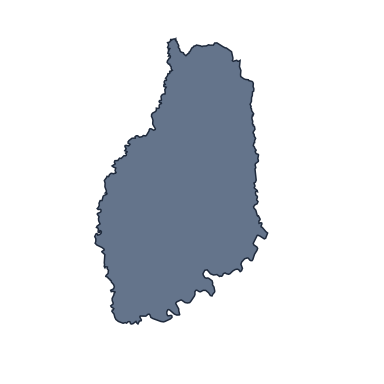 Makoabating, Mafeteng, Lesotho (orthographic projection), rotated 22°
{"feature_id": "5366337B10709831324049", "entity_name": "Makoabating", "entity_type": "district", "adm_level": 2, "iso_a3": "LSO", "parent_name": "Lesotho", "parent_adm1": "Mafeteng", "projection": "orthographic", "projection_center": [27.416, -29.927], "detail": "fine", "context": "isolated", "style": "filled", "palette": "slate", "viewbox_px": 384, "rotation_deg": 22, "n_neighbors": 0, "source": "geoboundaries", "source_scale": "gbopen_adm2", "svg_char_len": 6050}
<svg xmlns="http://www.w3.org/2000/svg" viewBox="0 0 384 384"><g transform="rotate(22 192 192)"><path d="M191.3,334.6L191.6,331.4L193.1,330.4L193.0,329.6L190.4,327.4L190.5,326.4L195.7,324.4L197.0,321.9L198.0,321.3L199.2,321.8L200.8,323.7L203.1,324.0L211.7,323.7L214.2,323.1L215.3,322.3L219.5,317.8L220.4,315.7L219.8,314.4L218.8,314.2L216.2,315.8L215.4,315.5L214.3,314.4L213.5,312.5L213.7,310.3L214.3,309.8L215.4,309.7L221.3,311.8L224.0,311.8L226.3,310.7L226.5,310.3L224.1,306.9L223.5,305.4L218.7,301.5L218.7,300.4L219.2,299.4L221.9,296.5L222.7,296.1L227.0,297.1L229.4,296.6L231.3,295.4L231.9,293.7L233.2,287.6L233.1,285.8L232.0,283.3L232.5,281.6L233.2,281.2L236.2,281.7L237.3,281.3L239.2,279.0L241.6,278.1L245.1,279.2L247.8,281.1L249.5,280.9L249.6,278.9L250.4,276.5L250.3,275.5L248.0,271.9L245.8,270.4L245.2,268.5L243.9,266.8L239.7,265.7L238.3,266.0L237.9,266.5L236.0,266.6L233.7,264.9L232.8,263.7L233.2,259.8L235.2,258.5L239.7,260.9L243.0,260.9L246.1,259.2L249.2,260.0L249.7,259.4L251.1,259.0L251.6,257.9L251.6,256.2L252.4,255.1L253.4,254.6L254.4,254.9L256.7,254.6L257.8,253.6L259.4,250.0L261.1,247.7L262.8,246.6L264.3,246.5L266.5,247.8L267.4,246.5L267.4,243.9L264.4,240.6L264.3,238.3L265.8,234.2L268.0,232.4L269.1,232.3L271.1,233.5L272.4,233.6L273.4,233.1L273.7,231.7L273.3,226.3L274.1,221.8L274.0,219.7L272.8,218.7L269.2,217.9L268.0,216.7L268.7,207.9L269.3,207.4L271.4,207.4L276.6,208.4L277.6,207.3L277.5,201.7L275.4,201.1L270.4,198.5L269.2,198.4L268.8,197.7L268.8,195.5L268.4,194.7L267.5,194.6L265.9,195.9L264.9,193.9L265.5,192.3L265.3,191.6L262.5,189.2L262.0,189.7L261.2,189.2L258.0,185.0L255.2,183.5L254.6,182.6L255.2,180.3L256.8,178.5L256.8,176.1L255.0,175.2L254.6,174.4L254.7,172.8L254.2,171.5L252.4,170.9L251.2,169.2L250.9,168.0L251.3,167.2L252.6,167.2L251.9,166.2L248.4,165.0L248.0,164.5L248.2,162.8L246.1,160.5L247.1,159.1L247.1,157.0L241.8,147.1L242.1,145.6L240.4,143.3L240.2,142.2L240.6,141.3L242.0,138.8L241.7,137.8L240.5,136.4L239.8,132.7L239.2,132.3L237.1,132.4L236.0,131.5L235.3,130.5L235.9,129.7L235.7,129.1L233.8,128.0L233.0,126.9L231.5,126.2L231.0,123.4L231.6,122.8L230.8,121.1L230.9,118.4L228.9,117.0L228.1,115.4L226.5,114.3L226.3,113.2L226.9,110.3L225.3,107.8L223.9,107.6L223.8,106.7L222.5,106.2L221.8,103.5L221.1,103.0L219.8,101.0L219.3,98.2L219.9,98.4L219.9,96.4L216.9,94.3L215.7,92.2L215.0,92.0L214.6,91.3L214.7,90.4L213.0,89.0L213.2,85.8L211.9,82.4L211.7,81.1L211.9,80.3L210.6,76.5L211.4,75.4L210.7,73.1L209.1,71.3L208.3,68.6L207.4,67.5L206.2,67.0L202.9,67.4L202.3,66.8L199.4,67.6L197.6,67.6L193.9,66.7L193.0,64.9L191.8,61.0L189.1,58.1L187.3,52.0L186.1,53.4L185.3,53.6L184.1,53.1L181.3,55.4L180.2,55.1L180.1,53.4L179.6,52.2L176.1,47.1L169.9,45.6L168.8,45.9L166.4,45.7L159.3,44.4L157.2,45.4L156.8,47.8L153.8,49.1L152.2,49.3L150.6,51.2L147.5,52.6L146.9,53.4L145.0,53.3L141.0,54.1L140.7,54.9L139.0,56.2L138.8,57.4L137.9,58.5L137.5,62.5L136.9,63.4L137.1,64.6L136.4,65.3L135.3,67.9L133.0,67.2L131.8,66.1L129.6,66.4L127.9,65.5L127.0,64.1L125.3,63.1L124.9,62.5L125.1,61.8L124.6,61.0L122.1,59.0L121.7,58.1L120.8,58.1L119.6,56.1L119.4,57.0L118.9,56.5L118.2,56.7L116.6,57.9L116.3,58.7L115.8,58.3L115.1,58.6L115.4,60.0L115.0,61.5L113.4,62.6L114.7,63.6L115.3,64.9L115.2,67.2L116.3,67.7L117.7,67.3L117.6,68.6L116.7,68.5L117.6,70.4L117.4,71.0L117.7,72.5L119.4,72.6L119.3,74.8L120.6,73.9L121.1,74.2L121.5,75.7L120.7,76.3L120.6,78.0L120.1,79.1L120.3,81.0L122.3,82.2L123.5,81.9L124.0,82.7L125.8,83.8L126.6,85.6L128.2,86.6L127.4,87.3L127.3,88.1L126.3,88.2L126.2,88.8L126.9,89.8L126.4,90.9L125.4,91.3L125.7,93.6L124.9,96.4L125.6,96.5L126.4,97.6L126.4,98.1L125.2,98.6L124.9,100.2L125.5,101.4L126.8,102.3L125.8,103.0L126.2,104.5L126.7,104.8L128.8,104.5L128.4,107.2L129.9,109.9L130.2,111.2L128.9,111.8L128.0,112.8L127.6,114.0L127.5,115.1L129.2,118.1L129.1,118.6L127.7,119.4L127.5,120.2L128.2,121.0L130.1,120.8L130.5,121.4L129.1,123.0L129.2,124.4L130.1,125.9L129.9,126.5L129.2,127.3L127.5,127.6L128.4,129.9L127.7,131.5L125.9,133.6L125.5,135.2L126.1,137.1L127.4,138.2L129.0,140.3L129.8,143.0L130.4,144.0L134.4,147.1L134.5,147.8L133.3,149.1L130.8,148.7L129.3,149.1L129.0,150.2L129.3,151.4L128.6,156.2L128.1,157.3L125.7,157.9L125.0,159.4L122.8,160.9L120.5,160.2L119.3,160.7L118.5,162.0L119.2,163.3L116.2,164.6L114.3,167.9L113.9,169.5L114.6,170.8L116.2,170.7L116.7,171.1L116.0,173.0L113.4,173.4L112.6,174.0L112.6,174.4L112.9,175.2L113.7,175.4L113.9,176.0L114.8,176.6L114.2,178.9L116.7,178.9L116.8,179.4L115.8,180.8L117.0,181.5L117.3,182.7L116.7,183.4L115.3,183.8L113.8,187.4L112.1,187.8L111.4,190.6L108.8,191.8L108.8,193.4L110.3,194.7L108.1,197.8L109.7,198.3L112.3,198.3L112.6,200.9L114.3,202.5L114.0,203.3L113.3,203.5L112.6,204.4L110.0,204.9L109.0,206.8L108.9,209.0L107.3,209.3L107.3,210.9L106.4,214.2L108.1,216.3L109.3,219.8L112.2,223.0L112.4,224.0L111.9,225.4L113.5,225.0L113.8,225.4L113.8,226.0L111.8,228.1L111.2,229.2L111.8,233.6L110.0,234.4L110.0,237.3L111.0,239.0L110.9,241.4L110.3,242.9L111.5,243.4L113.8,242.4L114.4,242.8L114.9,244.3L114.6,245.1L112.5,247.2L112.4,248.0L115.1,249.8L115.2,251.6L116.2,253.6L118.7,256.0L116.8,259.2L116.7,260.7L118.0,260.6L119.0,261.4L119.9,264.2L120.4,264.7L121.5,264.0L121.0,262.3L121.8,262.1L122.9,262.8L123.2,264.2L122.4,266.0L120.8,267.3L119.7,266.3L118.9,266.4L118.7,266.8L118.5,269.8L120.3,271.3L121.3,273.8L121.4,275.8L123.6,276.8L129.5,277.2L132.0,278.0L132.2,278.9L130.7,280.9L130.9,281.3L134.6,282.7L137.2,290.6L138.1,292.0L138.5,294.0L139.7,294.9L139.8,293.7L141.7,293.3L142.0,294.8L143.8,295.8L144.7,299.0L143.6,301.6L143.7,302.6L145.8,302.6L146.9,303.5L148.5,303.7L149.1,304.4L150.1,304.4L150.9,305.6L154.1,307.3L155.5,309.0L155.6,311.1L153.4,313.6L154.5,314.7L155.9,313.7L158.1,313.5L158.2,314.2L157.7,314.5L158.1,316.9L157.8,320.6L158.7,322.6L160.4,324.3L160.8,325.3L159.3,328.0L160.2,328.8L163.2,329.4L163.1,330.9L162.3,331.3L162.4,332.6L165.5,334.5L167.3,337.0L169.2,338.7L172.2,339.6L177.3,339.5L179.0,338.1L180.5,338.1L181.4,336.2L182.2,335.7L183.3,335.7L184.3,337.1L185.3,337.1L186.6,336.2L188.5,333.0L189.6,334.0L191.3,334.6Z" fill="#64748b" stroke="#1e293b" stroke-width="1.5"/></g></svg>